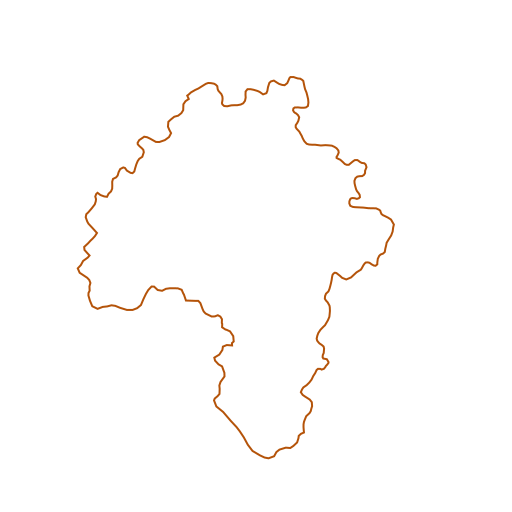 Salihorsk, Minsk, Belarus (Albers equal-area conic projection), rotated 47°
{"feature_id": "67162791B12460087089540", "entity_name": "Salihorsk", "entity_type": "district", "adm_level": 2, "iso_a3": "BLR", "parent_name": "Belarus", "parent_adm1": "Minsk", "projection": "albers", "projection_center": [27.47, 52.67], "detail": "fine", "context": "isolated", "style": "outline", "palette": "amber", "viewbox_px": 512, "rotation_deg": 47, "n_neighbors": 0, "source": "geoboundaries", "source_scale": "gbopen_adm2", "svg_char_len": 5513}
<svg xmlns="http://www.w3.org/2000/svg" viewBox="0 0 512 512"><g transform="rotate(47 256 256)"><path d="M417.8,341.3L415.6,339.6L413.5,337.9L411.5,336.0L410.0,334.0L409.0,332.0L407.4,328.5L407.4,325.8L407.4,323.9L406.8,321.8L405.3,319.5L404.1,317.4L401.0,314.9L397.7,314.6L394.5,315.4L392.2,316.0L389.4,316.6L386.2,316.1L385.0,313.4L384.4,311.0L385.0,307.1L384.9,303.3L384.3,299.7L382.8,295.9L382.0,292.6L380.7,289.4L380.8,287.6L382.6,285.8L383.8,285.5L384.8,283.3L384.5,281.0L384.1,280.0L384.0,278.0L383.6,275.9L383.0,275.3L379.8,274.6L378.5,275.5L376.9,276.7L375.4,276.3L374.0,274.7L373.1,272.6L372.0,271.4L370.2,269.4L368.3,268.3L365.7,268.6L363.3,269.2L361.7,269.2L359.6,269.0L357.8,268.0L356.1,265.5L354.8,262.9L353.9,259.1L353.7,255.0L353.7,252.8L352.0,247.1L350.5,243.8L348.4,241.4L346.6,239.4L343.8,237.0L342.4,236.1L338.8,235.2L336.3,235.2L334.2,234.8L332.4,232.8L331.3,230.5L331.3,227.2L330.1,224.6L328.3,221.7L326.8,219.4L325.1,217.0L323.4,214.9L322.0,212.9L321.7,211.1L322.0,209.7L323.3,208.8L327.9,208.1L330.7,207.9L334.7,206.0L335.4,204.1L336.5,201.1L336.5,197.3L336.5,193.6L337.5,188.7L337.1,187.0L336.0,183.7L335.6,181.7L335.6,180.2L336.9,178.6L338.4,177.6L341.0,177.1L343.4,176.3L344.7,175.2L344.8,173.0L343.3,171.5L341.1,168.8L339.9,165.7L339.9,163.8L340.9,161.4L340.9,159.1L338.9,156.5L337.0,153.6L335.4,151.4L334.1,146.8L333.2,143.2L331.3,139.4L328.6,136.1L327.0,133.7L326.1,133.5L321.4,132.4L317.9,133.3L314.2,134.7L312.8,135.3L310.9,135.6L309.4,135.1L307.5,134.2L305.9,134.5L303.0,135.7L300.7,138.1L297.8,141.1L293.9,144.4L290.7,147.5L287.7,150.4L286.0,151.8L283.6,152.8L281.2,151.9L279.7,150.4L278.7,148.4L278.7,147.2L279.3,146.0L281.1,144.4L283.0,143.3L283.9,141.4L283.9,139.9L282.0,138.5L280.1,138.1L277.4,137.9L275.5,137.3L272.4,135.7L270.0,134.3L268.2,132.8L266.9,130.2L267.0,127.8L268.2,125.9L270.0,123.8L270.3,121.7L269.8,119.8L268.0,118.0L267.0,115.8L266.4,114.6L263.9,113.4L262.1,113.5L260.0,115.2L258.2,115.8L256.4,116.1L255.0,116.4L253.2,118.4L252.9,120.8L252.7,123.9L252.6,125.9L251.1,127.5L249.3,128.3L246.6,128.4L243.1,128.7L241.7,129.3L239.3,130.2L238.5,129.6L238.0,127.7L236.8,125.0L235.0,123.8L232.2,123.6L229.7,124.2L227.0,125.3L224.3,127.7L222.2,129.7L219.4,133.2L214.8,137.0L213.2,138.8L210.6,141.2L208.5,142.4L205.1,142.4L203.0,141.9L201.0,141.3L199.5,140.7L196.5,140.0L194.7,139.5L192.5,139.5L190.5,139.5L188.8,139.1L187.4,137.7L186.8,135.0L186.0,132.8L184.0,129.8L181.6,129.2L179.1,129.4L178.1,129.8L176.4,130.0L174.7,129.5L173.6,128.0L173.8,126.4L176.0,123.9L178.1,122.1L180.2,119.9L181.4,118.2L181.7,115.7L179.5,113.0L176.8,110.9L173.5,109.0L170.9,107.6L167.4,106.3L165.1,105.0L162.8,103.6L160.2,102.0L158.8,102.1L156.5,102.7L154.7,104.3L152.6,105.5L150.7,106.5L148.6,108.8L148.7,110.2L150.0,113.1L150.9,115.3L150.6,118.6L148.7,120.2L146.0,121.7L143.5,122.4L139.9,123.3L138.5,126.0L138.5,128.2L140.7,132.1L143.0,135.1L144.0,137.4L142.6,140.6L138.6,141.4L136.4,142.3L132.8,144.4L130.3,146.2L128.2,148.5L128.6,151.4L131.0,153.8L133.1,155.5L135.0,158.2L135.6,161.2L134.8,163.9L132.9,166.9L131.1,168.8L129.0,171.3L126.9,174.9L124.6,177.0L122.2,177.2L120.9,176.6L119.6,174.8L118.2,173.2L116.4,171.8L113.9,170.9L112.0,170.9L109.4,170.8L107.8,170.2L105.4,168.5L103.2,168.6L101.3,169.2L98.9,171.0L96.9,172.9L96.8,173.1L95.9,175.2L94.9,180.2L94.2,183.9L93.1,187.2L92.0,192.0L92.0,195.3L91.8,196.9L95.3,198.1L94.7,202.0L95.5,205.6L96.7,206.8L99.7,209.8L100.6,213.1L100.3,217.2L98.4,220.8L98.1,225.0L98.1,228.6L101.4,232.2L104.7,233.4L108.2,234.3L109.7,238.5L109.1,243.6L106.7,249.0L104.3,251.4L98.0,253.4L94.9,254.6L92.5,256.4L92.5,256.6L91.6,262.4L92.5,265.4L93.7,266.3L96.4,266.3L99.4,266.0L101.5,266.0L103.6,267.3L105.9,271.5L105.3,275.1L105.9,277.8L107.4,281.1L109.5,284.7L111.2,287.4L111.2,289.8L109.7,291.0L105.5,292.2L102.2,291.8L100.7,292.7L99.8,296.0L101.0,299.3L102.8,302.3L103.1,304.7L102.1,308.0L103.6,310.5L106.6,313.2L108.7,315.3L109.9,318.0L109.9,321.3L111.1,324.6L108.9,326.4L105.3,328.2L101.7,328.8L101.7,330.6L102.9,333.0L105.3,334.2L106.8,336.0L108.3,338.7L109.1,343.5L109.7,348.9L109.7,351.6L111.5,354.1L115.7,355.9L118.1,356.5L121.1,356.5L124.1,356.5L129.2,356.6L130.7,356.6L131.6,360.2L131.9,363.8L131.9,366.5L132.2,370.1L132.2,372.2L132.2,375.5L134.6,377.3L138.8,377.4L142.1,377.4L142.4,380.1L141.7,385.8L143.2,390.3L143.5,394.8L148.0,396.4L156.8,394.3L159.8,394.3L162.8,395.5L164.6,398.5L167.9,401.3L168.8,403.7L170.6,405.5L175.4,407.9L180.8,409.9L181.1,410.0L186.6,407.9L188.7,402.8L191.4,399.2L193.5,395.3L196.5,392.9L201.1,390.8L207.4,387.2L211.3,383.0L213.1,378.5L213.4,373.6L210.7,367.6L208.6,362.2L207.4,358.0L207.1,353.2L208.9,351.4L213.8,351.1L217.4,348.4L218.6,344.2L220.7,341.2L223.7,337.9L226.4,335.2L230.0,333.4L234.2,334.9L234.8,334.9L240.8,337.6L242.9,335.5L246.8,331.6L249.5,328.8L252.5,328.8L258.2,331.2L260.9,332.1L263.7,332.1L270.0,329.7L272.1,327.3L273.3,324.3L276.0,323.4L279.0,324.0L281.7,326.7L282.6,327.0L285.0,329.4L288.9,328.5L289.8,327.9L293.4,326.4L299.1,327.3L303.3,330.6L303.3,333.0L305.1,334.5L301.2,338.1L299.7,342.0L301.8,344.7L303.1,350.1L301.9,355.8L304.6,357.3L309.7,357.3L313.6,356.1L319.9,358.8L322.6,361.2L323.9,367.8L325.7,371.1L328.4,373.2L332.0,376.8L332.3,379.8L332.1,383.4L333.0,385.2L339.0,387.6L347.7,386.4L359.2,386.9L367.9,386.9L373.0,387.4L380.3,388.6L388.4,390.7L396.2,391.5L404.4,389.1L409.2,387.2L412.5,384.8L414.8,379.3L413.3,374.8L413.6,370.9L416.5,364.9L419.8,361.9L420.4,358.2L420.4,353.1L418.2,349.2L416.7,347.4L416.7,344.4L417.8,341.3Z" fill="none" stroke="#b45309" stroke-width="2"/></g></svg>